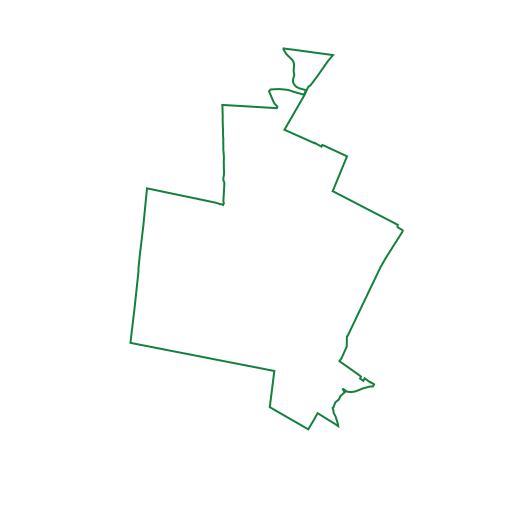 outline of Rosiori, Ialomita, Romania, rotated 251°
{"feature_id": "2599482B56196018895853", "entity_name": "Rosiori", "entity_type": "district", "adm_level": 2, "iso_a3": "ROU", "parent_name": "Romania", "parent_adm1": "Ialomita", "projection": "natural_earth1", "projection_center": [26.549, 44.609], "detail": "fine", "context": "isolated", "style": "outline", "palette": "green", "viewbox_px": 512, "rotation_deg": 251, "n_neighbors": 0, "source": "geoboundaries", "source_scale": "gbopen_adm2", "svg_char_len": 2605}
<svg xmlns="http://www.w3.org/2000/svg" viewBox="0 0 512 512"><g transform="rotate(251 256 256)"><path d="M420.9,394.2L439.7,356.9L441.2,353.7L443.5,349.3L443.6,349.0L443.4,349.2L442.6,349.3L440.3,349.7L437.7,350.3L436.5,350.7L435.5,351.1L433.5,352.2L431.5,353.2L430.3,353.8L429.2,354.3L428.1,354.5L426.3,354.6L425.2,354.4L423.6,354.0L420.8,352.7L419.4,352.1L417.7,351.6L414.9,351.2L414.1,350.8L412.4,349.5L410.2,348.2L408.7,347.7L407.5,347.7L406.1,347.9L404.4,348.4L402.7,349.3L401.8,350.2L401.2,350.7L400.1,352.0L399.3,353.3L398.1,354.9L396.9,356.9L396.6,357.3L392.9,353.9L396.3,348.9L399.6,344.3L401.3,342.2L403.1,339.4L406.1,332.8L407.5,328.4L408.7,324.0L407.5,321.9L405.4,322.1L403.1,322.3L401.3,322.4L400.4,322.4L398.5,322.6L396.1,322.8L395.1,323.0L394.3,323.1L393.4,323.4L392.2,323.9L391.9,324.0L390.9,324.5L390.0,324.8L389.8,324.5L389.0,323.8L401.9,292.6L409.8,273.3L409.6,273.2L408.9,273.1L406.8,272.5L404.0,271.6L398.2,269.8L396.4,269.1L394.6,268.5L389.9,267.0L385.1,265.6L384.6,265.5L384.0,265.2L381.8,264.5L378.4,263.4L377.9,263.4L376.7,263.0L373.4,261.8L369.9,260.7L368.3,260.0L367.6,259.9L366.2,259.5L360.1,257.9L354.1,255.7L351.7,255.0L349.3,254.1L348.1,253.8L346.9,253.5L343.3,252.2L342.2,251.6L341.2,250.9L339.7,250.3L338.3,249.8L337.9,249.8L337.6,249.8L336.2,250.0L334.8,249.7L331.9,248.5L329.1,247.3L323.8,245.2L318.5,243.0L316.4,242.8L314.9,241.5L316.2,240.3L316.9,238.5L317.9,237.5L319.5,235.3L343.5,195.0L353.9,177.6L355.4,174.9L354.6,174.6L323.5,160.3L322.5,159.9L295.2,146.7L281.7,140.4L280.2,140.1L247.3,124.7L214.8,109.0L213.4,111.3L210.4,116.5L194.7,143.6L141.3,235.9L108.6,219.8L75.1,249.0L83.3,258.7L83.5,258.8L87.3,263.1L70.5,276.8L68.4,278.3L70.8,278.8L74.5,278.9L76.8,278.9L78.2,279.0L81.9,278.4L82.7,278.3L84.2,278.9L87.2,278.9L87.5,279.1L87.8,280.1L89.9,281.7L91.7,283.3L92.8,285.9L93.3,287.7L95.9,290.0L97.5,293.5L98.2,295.5L101.7,294.7L101.8,295.2L98.1,297.9L96.3,301.8L95.6,305.7L96.0,314.1L95.6,319.7L95.3,322.1L94.6,324.0L96.2,325.9L99.6,323.1L99.4,322.8L105.0,318.9L103.0,316.8L106.2,314.5L107.8,316.0L111.3,313.7L129.4,300.6L129.7,300.8L131.1,303.2L140.8,312.3L150.4,315.8L150.6,316.6L204.7,369.9L212.0,378.2L225.5,395.1L228.8,399.2L231.3,402.4L231.8,402.8L232.3,403.0L232.8,402.9L236.7,399.6L237.5,399.3L238.2,399.4L238.9,399.9L239.3,400.2L265.8,374.9L292.4,349.6L293.1,350.3L320.6,374.5L338.2,356.3L339.4,354.8L338.1,353.5L344.0,348.2L343.7,347.9L344.3,347.3L366.1,324.0L392.3,354.1L395.7,357.4L397.7,359.3L399.0,360.7L399.7,363.2L403.3,368.5L406.4,373.1L408.1,375.4L413.8,383.2L416.9,387.5L420.9,394.2Z" fill="none" stroke="#15803d" stroke-width="2"/></g></svg>